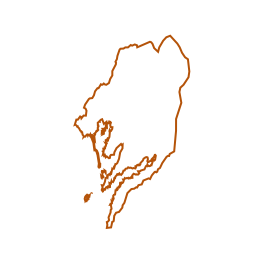 Djúpavogshreppur, Austurland, Iceland, rotated 110°
{"feature_id": "244011B85487583844878", "entity_name": "Djúpavogshreppur", "entity_type": "district", "adm_level": 2, "iso_a3": "ISL", "parent_name": "Iceland", "parent_adm1": "Austurland", "projection": "robinson", "projection_center": [-14.412, 64.651], "detail": "fine", "context": "isolated", "style": "outline", "palette": "amber", "viewbox_px": 256, "rotation_deg": 110, "n_neighbors": 0, "source": "geoboundaries", "source_scale": "gbopen_adm2", "svg_char_len": 6083}
<svg xmlns="http://www.w3.org/2000/svg" viewBox="0 0 256 256"><g transform="rotate(110 128 128)"><path d="M26.9,119.9L29.6,123.0L33.9,124.8L41.6,126.2L46.1,125.8L44.0,130.7L40.6,133.7L39.5,135.5L39.5,136.9L49.0,146.9L47.2,147.9L47.2,150.2L49.2,152.3L49.1,153.8L52.3,155.6L53.2,158.1L54.9,159.4L56.1,162.2L57.3,162.7L63.9,162.6L67.0,162.0L70.1,162.4L70.7,161.6L72.4,161.2L79.9,162.2L84.0,160.7L88.0,161.5L92.3,161.3L94.8,163.2L95.0,164.5L94.5,166.0L96.0,166.7L96.4,167.6L96.2,168.4L100.7,169.3L101.0,170.3L104.8,171.5L108.9,171.2L112.1,171.8L113.3,174.1L114.2,174.7L120.6,176.3L124.0,176.3L124.3,174.5L126.0,172.9L130.8,171.8L131.5,174.0L134.9,175.1L133.6,176.0L133.5,176.9L137.3,178.0L137.8,179.4L143.2,179.1L142.8,178.7L143.5,176.7L144.0,176.4L143.7,175.8L144.3,175.5L145.0,173.9L146.8,172.0L147.1,170.7L147.9,170.3L147.7,169.6L149.8,168.4L150.8,166.7L151.6,166.6L151.0,166.3L150.8,165.3L148.3,164.4L147.9,163.8L148.8,163.1L148.0,163.0L147.7,162.3L149.5,159.2L153.7,155.5L160.5,151.9L160.1,151.1L160.8,149.7L164.0,147.3L171.4,143.2L174.6,142.5L175.1,141.6L174.1,140.9L171.0,141.9L170.5,142.9L162.0,147.5L159.9,149.5L158.9,152.1L153.1,155.1L151.6,156.8L149.7,158.2L147.4,161.1L146.8,161.1L147.2,160.7L147.0,159.7L147.3,158.4L150.0,156.5L151.0,155.0L147.2,156.9L145.0,156.7L144.4,157.0L144.6,157.5L143.1,156.7L141.9,156.8L140.3,155.9L140.7,155.6L140.0,155.3L138.4,156.5L136.4,156.3L135.7,156.8L135.9,157.2L133.4,158.2L132.0,157.4L131.8,156.7L131.2,157.1L129.5,156.3L128.6,155.3L132.4,152.0L129.5,150.3L130.7,149.5L130.3,149.1L130.5,148.3L130.1,147.8L128.3,147.9L128.3,146.8L128.8,145.9L131.2,145.8L133.1,144.5L132.6,142.9L134.3,142.5L136.7,143.0L137.2,143.5L136.2,144.5L136.7,144.5L137.7,144.2L137.8,143.7L142.8,142.4L144.6,142.6L144.6,143.3L146.6,142.5L146.9,142.6L145.7,143.8L147.1,144.8L149.0,143.8L149.8,142.7L150.4,142.9L150.3,143.5L150.7,143.0L152.5,142.7L153.0,143.1L154.6,142.7L154.6,143.4L156.0,143.1L156.1,144.0L157.9,143.0L158.6,143.7L159.4,142.7L161.4,142.5L160.9,142.2L161.1,141.5L162.8,140.7L162.6,139.8L161.8,139.9L162.2,139.5L162.1,138.9L162.8,138.7L162.0,138.2L162.9,135.6L162.3,134.8L160.2,135.2L159.1,134.8L157.9,132.0L155.5,132.5L150.8,131.9L145.4,129.1L146.2,128.0L145.3,127.4L149.1,126.2L153.6,127.0L160.0,125.9L164.7,126.1L166.3,127.0L166.3,127.5L170.2,127.3L169.8,127.9L171.2,127.9L172.3,128.5L172.1,128.8L177.1,128.1L177.4,128.4L176.8,129.0L178.3,129.0L177.9,130.0L179.0,130.8L181.6,130.3L181.2,131.0L182.0,131.1L182.7,131.9L186.6,131.3L190.3,131.5L191.0,132.0L190.5,132.3L190.7,133.0L192.4,131.6L195.2,131.5L195.5,131.1L194.5,130.7L195.4,130.2L195.9,130.5L196.9,129.3L196.1,130.0L194.3,130.0L193.1,129.1L193.0,128.4L191.3,128.3L190.5,127.5L191.0,126.7L189.5,126.8L189.2,125.8L190.4,124.5L188.0,125.3L187.9,125.8L186.2,126.6L186.4,125.8L187.0,125.6L185.6,126.0L185.2,125.7L185.5,125.1L183.8,125.3L184.3,124.9L183.8,124.6L183.9,123.6L181.9,123.3L179.7,123.8L179.2,123.5L179.3,123.0L177.8,123.2L176.6,122.6L176.9,121.8L176.2,122.5L175.1,122.4L174.5,121.4L174.8,121.0L173.7,120.6L174.4,119.8L174.1,119.6L174.4,118.4L172.5,117.7L169.6,117.7L169.1,116.7L167.1,116.3L166.1,114.7L164.9,114.4L164.9,112.7L164.3,111.9L164.5,110.0L163.7,109.0L163.5,107.2L162.0,107.1L161.4,107.9L159.9,106.4L159.0,104.2L158.4,104.2L158.4,105.0L157.7,104.0L156.6,104.3L153.4,102.9L151.6,102.9L149.6,101.5L148.9,100.4L149.0,99.5L150.5,98.6L152.5,98.5L153.2,97.8L153.1,97.2L151.2,95.7L151.1,95.1L149.3,95.1L146.2,93.7L144.1,93.6L143.9,93.2L144.5,92.4L148.6,91.7L149.5,92.2L149.0,93.4L154.7,93.2L154.6,93.6L156.0,94.1L156.6,95.0L156.4,96.0L156.9,96.3L155.8,97.3L157.2,97.3L157.7,98.1L161.3,98.4L163.6,101.4L164.4,101.7L165.2,103.7L166.8,101.9L168.4,102.7L168.7,104.4L169.1,104.6L169.1,107.1L171.1,107.8L173.3,106.8L173.6,107.4L172.8,108.1L174.7,109.0L174.5,110.2L175.3,110.4L175.2,111.7L176.4,113.2L176.2,113.9L178.1,114.1L178.2,114.8L179.1,114.0L180.8,114.0L181.6,114.4L181.5,115.4L182.7,115.4L182.5,116.0L183.8,115.7L183.5,116.3L185.9,115.5L186.8,115.9L186.5,116.7L187.4,116.8L187.7,117.4L189.1,116.7L189.8,116.9L189.6,117.8L190.5,117.7L190.8,118.4L194.9,117.4L195.6,118.4L197.0,118.7L199.3,117.3L201.8,117.6L201.7,118.6L204.1,117.3L205.2,117.7L205.2,118.5L206.2,118.6L205.9,118.1L206.3,117.7L209.6,115.8L210.8,116.2L213.4,115.5L218.6,115.7L221.1,114.3L222.7,114.8L223.6,115.7L226.0,114.3L229.1,113.7L227.2,109.9L221.6,110.7L220.7,109.7L220.0,109.7L215.2,110.9L211.7,110.2L209.9,107.7L204.8,106.1L202.5,106.6L199.5,105.8L189.4,106.3L184.2,103.9L182.9,101.4L180.9,100.0L180.8,99.1L178.1,98.6L176.3,95.8L172.1,95.6L168.3,91.4L168.4,89.8L164.4,89.4L160.4,88.0L159.8,87.5L160.0,86.3L159.1,85.6L156.5,85.7L154.6,84.3L149.2,83.8L141.9,81.9L140.5,80.9L140.2,79.8L138.1,79.9L134.2,76.6L114.2,81.9L103.1,85.9L86.1,86.5L76.6,92.0L72.2,92.6L68.4,90.6L59.6,88.5L53.9,89.7L42.9,95.2L42.0,98.6L38.8,103.0L34.5,107.0L31.8,110.5L26.9,119.9ZM209.1,141.7L210.1,141.3L208.0,141.8L207.6,141.2L204.9,141.5L204.7,143.2L206.3,143.4L205.4,144.0L206.2,144.4L207.4,143.8L206.8,144.5L207.3,144.7L209.4,144.5L211.0,143.3L210.0,142.9L211.0,142.7L210.5,142.4L210.7,141.9L209.1,141.7ZM141.8,150.9L138.2,148.5L137.5,148.9L136.2,148.7L135.7,149.3L136.4,149.4L136.4,150.0L139.2,150.3L139.4,151.0L138.9,152.3L139.4,151.6L141.8,150.9ZM134.4,149.0L134.7,148.0L130.8,149.6L133.6,149.7L134.4,149.0ZM177.8,133.7L176.1,134.4L175.8,135.4L177.1,134.6L177.8,133.7ZM182.9,135.4L182.9,134.5L182.4,134.3L181.5,135.3L182.9,135.4ZM184.1,135.4L183.1,135.4L182.4,136.6L183.9,135.8L184.1,135.4ZM204.7,141.5L205.3,141.3L205.4,140.9L204.1,141.1L204.7,141.5ZM176.4,137.9L178.2,137.6L178.4,137.4L177.8,137.2L176.4,137.9ZM207.8,140.8L208.6,140.9L208.9,140.7L207.8,140.8ZM177.0,136.0L177.5,136.2L178.3,135.4L177.0,136.0ZM141.1,148.9L142.2,149.2L141.7,148.7L141.1,148.9ZM179.6,136.5L179.0,136.4L178.3,136.9L179.0,136.8L179.6,136.5ZM198.8,119.0L199.3,118.6L199.5,118.3L199.2,118.4L198.8,119.0ZM137.9,152.0L137.2,151.8L136.8,152.0L137.9,152.0ZM193.9,128.5L194.5,128.3L194.6,128.2L193.9,128.5ZM200.9,140.0L201.4,140.0L201.6,139.9L200.9,140.0ZM201.6,139.7L201.9,139.6L201.2,139.6L201.6,139.7Z" fill="none" stroke="#b45309" stroke-width="2"/></g></svg>